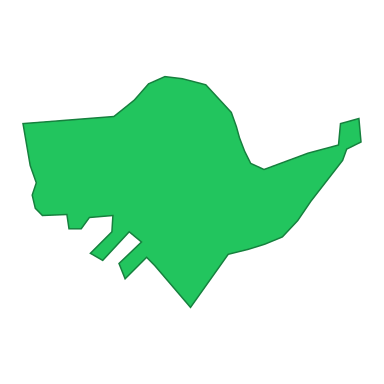 outline of Jung-gu [Central District], Busan, South Korea, rotated 90°
{"feature_id": "91817680B85909931268472", "entity_name": "Jung-gu [Central District]", "entity_type": "district", "adm_level": 2, "iso_a3": "KOR", "parent_name": "South Korea", "parent_adm1": "Busan", "projection": "mercator", "projection_center": [129.035, 35.112], "detail": "fine", "context": "isolated", "style": "filled", "palette": "green", "viewbox_px": 384, "rotation_deg": 90, "n_neighbors": 0, "source": "geoboundaries", "source_scale": "gbopen_adm2", "svg_char_len": 733}
<svg xmlns="http://www.w3.org/2000/svg" viewBox="0 0 384 384"><g transform="rotate(90 192 192)"><path d="M123.6,361.0L124.2,360.9L165.5,353.8L182.8,347.7L195.1,351.8L208.3,348.7L215.5,341.6L214.5,317.1L228.8,315.0L228.8,302.8L217.5,294.6L215.5,271.1L231.8,272.1L253.3,293.6L260.4,281.3L231.8,254.8L242.0,242.5L263.5,265.0L278.8,258.9L257.3,237.4L265.5,229.3L307.4,193.5L254.3,155.8L249.2,135.3L244.1,119.0L236.9,101.6L220.6,86.3L201.2,73.1L160.4,41.4L149.1,37.3L142.0,23.0L118.5,25.1L123.6,43.5L145.0,45.5L153.2,76.1L169.5,120.0L163.4,133.3L151.2,139.4L137.9,144.5L126.7,147.6L112.4,152.7L84.8,178.2L78.7,201.7L76.6,219.1L83.8,235.4L100.1,249.7L116.5,270.1L123.6,361.0Z" fill="#22c55e" stroke="#15803d" stroke-width="1.5"/></g></svg>